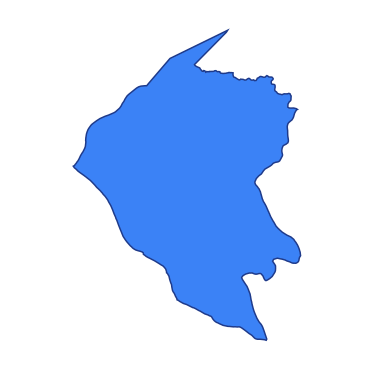 the district of Afuá, Brazil, rotated 263°
{"feature_id": "56859067B62888902552010", "entity_name": "Afuá", "entity_type": "district", "adm_level": 2, "iso_a3": "BRA", "parent_name": "Brazil", "parent_adm1": "", "projection": "mercator", "projection_center": [-50.76, -0.237], "detail": "fine", "context": "isolated", "style": "filled", "palette": "blue", "viewbox_px": 384, "rotation_deg": 263, "n_neighbors": 0, "source": "geoboundaries", "source_scale": "gbopen_adm2", "svg_char_len": 6044}
<svg xmlns="http://www.w3.org/2000/svg" viewBox="0 0 384 384"><g transform="rotate(263 192 192)"><path d="M348.2,247.1L327.7,187.7L327.2,186.4L305.2,162.3L303.0,160.0L303.2,158.5L303.3,154.2L302.9,151.9L302.0,149.8L300.8,147.8L296.5,140.9L295.2,139.2L292.1,136.6L291.4,136.2L290.1,135.3L288.4,133.7L286.1,132.2L284.4,130.7L283.8,130.0L280.9,125.8L280.2,124.2L278.5,118.5L277.8,115.1L276.1,109.6L274.3,105.9L273.0,103.6L271.4,100.9L270.6,99.9L268.0,97.5L266.6,96.4L264.4,95.2L262.4,94.3L258.5,93.2L255.9,92.7L255.1,92.8L254.3,92.7L250.2,91.7L248.4,90.8L245.2,88.7L244.0,87.6L241.8,85.9L238.6,83.9L236.7,82.5L235.9,81.6L234.4,80.4L233.8,79.6L232.6,78.6L232.1,77.3L230.4,78.2L228.5,80.0L227.5,80.7L226.5,81.5L224.5,83.6L221.5,86.9L215.9,92.5L214.2,93.8L210.7,96.4L208.2,98.0L206.7,99.3L204.1,101.4L202.9,102.1L202.2,102.7L200.8,103.4L198.2,105.3L196.2,106.4L193.9,107.6L192.7,107.9L188.5,109.7L184.1,111.0L182.8,111.3L179.5,112.1L176.3,113.1L174.9,113.3L173.3,113.9L168.0,115.1L166.1,115.6L163.8,116.2L161.3,116.9L159.4,117.4L156.4,118.2L153.3,119.7L152.5,120.1L150.4,121.3L147.3,123.4L145.9,124.4L145.1,125.2L143.7,126.2L142.5,127.5L141.3,129.1L140.2,131.5L139.6,133.1L138.5,135.3L137.6,136.2L136.0,136.2L135.2,137.2L133.7,138.6L132.2,140.6L131.5,141.8L130.7,142.9L128.4,146.3L125.0,150.6L123.7,152.1L122.3,154.0L121.5,154.7L119.9,155.8L118.7,156.5L117.8,156.7L116.0,157.0L114.9,156.9L114.3,157.6L111.1,158.9L109.9,159.0L108.0,159.2L104.2,159.9L103.0,160.3L102.1,160.4L100.4,160.4L97.3,160.6L96.5,160.7L95.1,161.2L93.4,162.1L91.7,162.6L90.6,162.9L88.7,163.7L87.9,164.0L86.8,164.0L86.0,165.4L85.1,166.2L82.4,169.9L81.0,172.9L77.2,178.6L76.9,179.5L76.5,180.2L75.2,182.1L73.6,184.2L72.7,185.7L71.8,186.8L69.5,189.8L67.9,193.1L67.0,194.2L66.5,195.5L65.4,196.4L63.6,197.1L61.7,198.3L60.8,199.1L60.3,199.6L59.5,200.6L59.1,201.5L57.9,203.2L56.3,205.9L55.9,206.5L54.9,209.4L54.2,211.4L54.1,212.4L53.1,216.7L53.0,218.3L52.5,220.6L52.5,221.5L52.4,222.5L51.9,223.6L51.0,224.8L48.4,227.6L44.5,231.5L42.6,233.8L39.6,236.1L38.8,236.9L38.3,237.9L37.9,239.0L37.6,241.4L37.2,243.2L36.8,244.9L36.6,245.8L35.8,247.6L36.9,248.3L43.7,246.9L45.7,246.5L47.8,246.0L48.7,245.8L50.1,245.4L52.2,244.5L54.6,242.9L55.9,242.3L58.9,241.0L60.4,240.6L61.4,240.3L64.2,239.5L66.2,239.0L68.9,238.5L71.3,238.2L73.7,237.9L75.6,237.8L77.7,237.5L79.9,237.4L80.8,237.4L81.9,237.3L83.7,237.2L86.8,236.4L88.5,236.0L91.6,235.1L94.1,233.8L97.2,232.3L98.8,231.5L100.3,231.0L101.2,230.9L102.8,232.5L104.0,235.2L104.6,239.0L104.4,240.5L104.3,241.9L103.8,242.7L103.2,243.8L102.8,244.8L102.6,246.4L102.9,248.5L102.8,249.9L102.3,250.7L99.8,252.3L98.8,252.5L96.7,253.2L95.9,253.6L95.2,254.2L95.1,255.2L95.8,256.9L96.6,258.6L98.4,261.3L99.6,262.3L100.2,262.8L102.3,264.5L103.7,265.2L105.8,265.6L108.5,265.9L110.1,265.3L111.0,264.8L113.5,263.6L115.2,264.8L115.6,266.8L115.9,268.7L114.8,271.8L114.4,273.2L113.1,276.2L112.1,277.6L110.7,280.6L109.9,281.8L109.5,282.5L109.1,283.4L108.7,285.9L108.7,286.6L108.9,287.3L109.5,288.5L110.0,289.1L111.0,289.7L113.2,290.4L114.2,290.9L115.5,292.0L119.1,292.0L120.6,291.7L122.1,291.5L124.8,290.8L127.2,290.0L127.8,289.6L129.1,289.1L131.3,287.8L132.5,287.3L135.2,284.8L135.8,283.9L137.6,281.0L141.1,276.7L143.3,274.8L144.0,274.1L144.7,273.7L145.3,273.0L146.1,272.6L147.6,271.4L152.2,269.5L153.6,268.8L154.4,268.5L158.1,267.0L159.0,266.8L159.8,266.5L161.2,266.2L162.1,265.8L163.2,265.6L164.0,265.2L165.0,265.0L165.9,264.7L169.0,263.8L169.9,263.4L170.7,263.2L171.4,262.8L172.3,262.5L173.2,262.0L174.9,261.4L175.7,261.3L176.4,261.0L180.5,260.4L182.2,260.1L184.0,259.9L185.6,259.3L186.6,259.1L188.4,258.0L189.5,257.5L190.6,256.6L191.7,256.0L193.1,255.6L194.1,255.6L194.7,255.8L196.5,256.9L197.5,257.5L199.7,260.0L200.3,261.0L201.5,263.1L204.3,265.5L205.9,267.3L207.0,269.9L208.2,272.7L209.1,274.3L210.6,276.1L210.9,277.0L211.3,278.7L211.4,280.9L211.7,281.9L212.2,282.8L214.2,284.3L215.1,284.9L217.0,286.2L218.1,286.4L219.6,286.2L221.3,286.1L222.4,286.2L224.5,286.8L226.2,287.7L226.9,288.3L227.3,289.2L228.1,291.4L228.8,292.4L229.1,293.1L229.9,293.5L230.8,293.9L232.7,294.0L235.7,293.9L237.6,294.0L241.3,294.4L244.0,294.4L245.8,294.6L246.8,295.0L248.2,295.6L249.2,296.6L250.0,297.8L250.5,298.5L251.2,299.8L252.6,301.0L254.0,301.9L256.2,302.8L257.8,303.5L260.0,305.1L260.9,306.0L261.1,306.7L262.0,305.7L262.7,303.9L263.0,303.0L263.1,301.5L263.3,300.0L263.4,299.1L263.8,298.3L264.6,297.4L266.0,297.7L266.8,297.8L267.7,298.1L269.5,299.4L270.2,300.5L270.7,301.1L271.7,301.5L272.4,301.6L275.2,302.1L276.6,301.5L277.5,301.3L278.1,300.2L277.8,298.7L277.9,297.7L278.0,296.8L278.2,295.5L278.1,294.7L277.7,293.6L277.8,292.6L278.3,291.6L278.4,290.8L278.8,290.2L279.2,289.3L279.8,288.7L281.0,288.1L281.6,287.4L282.5,286.6L283.8,286.6L286.0,287.3L287.8,287.4L288.4,287.1L288.9,286.3L289.0,285.6L289.3,284.5L290.1,284.0L290.9,284.0L291.9,284.1L292.8,284.6L293.6,285.9L294.4,286.4L295.3,286.1L296.3,285.3L296.8,282.4L297.7,281.5L298.4,280.5L297.9,279.6L297.1,278.5L297.1,277.2L297.6,276.2L298.0,275.2L298.3,274.4L298.3,273.7L297.8,272.7L297.3,272.1L297.2,271.4L296.9,270.6L296.1,270.2L295.4,269.7L294.9,269.2L294.9,268.4L295.0,267.5L295.8,266.9L295.7,266.1L295.7,265.1L296.0,264.3L296.7,263.6L297.6,263.0L297.9,262.0L297.7,261.4L297.4,260.7L297.1,260.1L296.7,259.5L296.6,258.6L296.7,257.9L297.3,257.0L297.6,256.3L297.8,255.2L298.1,254.0L297.5,253.2L297.5,252.5L298.4,251.1L299.5,249.8L300.3,249.0L300.9,247.6L302.0,247.1L303.6,247.0L305.3,247.3L305.6,246.1L305.8,244.7L305.9,243.9L306.2,243.3L305.9,242.5L305.9,241.7L305.9,241.0L305.7,240.3L305.8,239.3L305.8,238.2L305.9,236.9L306.2,236.2L306.4,235.0L307.2,234.4L308.0,234.3L308.3,233.0L308.3,231.9L308.8,231.2L309.5,230.6L309.6,229.4L309.2,228.5L309.1,227.7L309.2,226.9L309.3,226.1L309.3,225.1L309.6,224.4L309.2,223.6L309.5,223.0L309.4,222.2L309.8,221.4L309.2,220.3L310.7,219.5L311.1,218.4L310.4,217.8L310.7,216.8L311.6,216.3L312.4,215.6L313.2,215.2L314.2,214.8L314.7,214.0L315.3,212.9L315.8,212.1L316.2,211.5L316.7,211.0L317.2,210.4L318.2,210.0L346.4,245.6L348.2,247.1Z" fill="#3b82f6" stroke="#1e3a8a" stroke-width="1.5"/></g></svg>